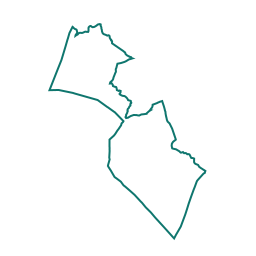 outline of Santiago Ayuquililla, Oaxaca, Mexico, rotated 20°
{"feature_id": "50627088B92936623710949", "entity_name": "Santiago Ayuquililla", "entity_type": "district", "adm_level": 2, "iso_a3": "MEX", "parent_name": "Mexico", "parent_adm1": "Oaxaca", "projection": "mercator", "projection_center": [-97.985, 17.92], "detail": "fine", "context": "isolated", "style": "outline", "palette": "teal", "viewbox_px": 256, "rotation_deg": 20, "n_neighbors": 0, "source": "geoboundaries", "source_scale": "gbopen_adm2", "svg_char_len": 4637}
<svg xmlns="http://www.w3.org/2000/svg" viewBox="0 0 256 256"><g transform="rotate(20 128 128)"><path d="M108.3,61.1L107.9,61.1L107.5,61.1L107.3,61.1L107.1,60.7L106.8,60.4L106.5,60.4L106.2,60.4L105.9,60.4L105.6,60.5L105.1,60.6L104.9,60.4L104.4,60.3L103.5,60.3L103.2,60.2L102.3,60.1L101.3,59.7L101.1,59.6L100.6,59.4L100.2,59.1L99.9,58.7L99.7,58.3L99.4,58.1L99.2,57.9L98.7,57.9L97.6,57.4L84.1,53.9L84.0,53.6L83.8,53.2L83.6,52.7L83.4,52.0L83.1,51.7L82.6,51.5L82.2,51.5L82.0,50.8L81.4,50.7L81.1,50.5L80.7,50.0L80.4,49.8L80.0,49.5L79.8,49.1L79.5,48.4L79.2,47.9L78.7,47.6L78.1,47.5L77.7,47.7L77.3,48.0L76.9,48.3L75.5,48.1L74.8,48.1L73.1,48.1L72.8,48.0L72.5,47.9L72.0,47.7L71.6,47.4L71.3,46.9L70.9,46.6L70.5,46.1L70.2,45.5L69.9,44.8L69.5,44.3L69.0,43.7L68.7,42.9L68.6,42.7L68.4,42.4L68.1,42.0L67.8,41.7L67.5,41.5L67.2,41.1L67.2,40.8L67.1,40.5L67.0,40.2L66.9,40.0L66.5,40.0L66.2,40.0L65.9,40.0L65.5,40.3L64.9,40.6L64.4,40.9L64.1,41.4L63.7,41.9L63.5,42.4L62.4,43.8L61.8,44.5L60.8,45.1L60.2,45.4L59.4,45.3L58.3,44.9L58.0,44.9L57.4,45.3L57.1,45.7L56.8,46.3L56.6,46.9L56.7,47.7L57.0,48.4L57.2,48.9L57.4,49.5L57.7,50.4L57.7,51.3L56.3,51.8L55.6,51.9L55.1,52.0L54.6,52.3L54.3,52.6L53.4,53.5L53.1,53.8L52.6,54.2L52.1,54.5L51.5,54.6L50.8,54.8L50.3,55.0L49.7,55.3L49.3,55.8L49.1,56.3L48.9,56.7L48.7,57.4L48.1,58.0L47.6,58.5L47.1,59.3L47.0,58.8L47.0,58.5L47.1,58.2L47.2,57.7L47.4,57.3L47.6,56.4L47.6,55.9L47.5,55.4L47.3,55.0L47.0,54.5L46.7,54.2L46.4,53.7L46.1,53.3L45.6,53.1L44.3,53.1L43.9,53.0L43.4,52.8L42.9,52.7L42.2,52.3L41.7,52.0L41.3,51.9L40.5,58.8L40.9,64.5L40.9,64.8L40.9,65.5L41.4,72.7L42.2,86.9L41.9,96.2L41.7,103.6L41.3,119.3L49.8,116.0L56.0,115.1L64.1,113.9L66.4,113.8L89.9,112.1L101.5,115.4L101.8,115.4L109.3,117.5L110.5,117.8L110.8,118.0L112.7,118.9L121.4,123.1L121.3,123.8L121.3,124.0L120.8,125.0L120.4,125.9L120.4,126.2L120.6,127.9L120.3,128.9L119.5,132.2L118.9,134.0L118.1,137.7L117.4,139.9L114.6,145.2L117.0,151.9L117.2,152.2L117.5,153.1L117.7,153.5L117.9,154.2L118.6,155.9L120.5,162.2L121.5,163.8L121.9,169.1L122.1,170.5L122.6,170.9L123.0,171.3L126.7,174.1L127.4,174.7L132.2,178.7L134.5,179.3L138.1,180.4L139.7,180.9L140.4,181.4L143.4,183.4L144.9,183.9L145.1,183.9L151.1,186.2L157.1,188.6L165.0,192.7L166.6,193.4L171.8,196.5L178.5,199.6L183.7,202.6L185.0,203.3L191.7,206.8L192.9,207.4L209.1,216.0L209.2,215.1L209.4,214.0L209.5,212.7L211.3,202.6L211.4,189.6L211.2,184.3L211.0,180.1L210.9,178.2L210.8,170.1L210.8,168.9L210.8,168.4L210.8,166.7L210.8,166.1L210.8,165.8L210.8,163.2L210.9,160.7L210.9,159.6L210.9,158.4L210.9,156.8L210.9,155.2L211.0,154.0L211.5,152.6L214.4,145.4L214.5,145.2L214.7,144.8L215.5,144.0L215.5,143.9L215.4,142.7L215.4,141.9L210.1,140.7L208.1,140.1L206.6,138.8L206.0,138.7L205.3,138.7L204.6,138.7L203.5,138.6L202.7,138.3L201.8,137.5L201.7,137.3L200.6,134.1L199.1,134.1L197.7,134.5L197.4,134.3L195.5,132.4L194.7,131.8L194.3,131.8L193.6,131.9L193.4,132.0L193.2,132.1L192.7,132.4L191.7,132.0L190.9,131.8L190.6,131.9L189.3,132.5L187.9,131.8L187.0,132.6L186.0,133.1L185.4,132.9L184.2,132.3L182.5,132.0L180.5,131.6L177.4,132.0L176.5,132.0L175.1,129.8L174.6,127.7L175.1,125.5L176.3,123.6L176.9,122.6L176.5,122.0L169.7,113.5L165.5,109.5L163.0,108.4L162.7,108.1L162.5,107.8L162.3,107.6L162.1,107.4L161.8,107.1L160.7,105.3L160.1,104.5L160.1,104.4L159.9,104.2L159.6,103.6L159.3,103.2L158.9,102.5L158.6,102.0L158.5,101.8L158.3,101.4L158.2,101.3L157.7,100.1L157.5,99.8L157.4,99.7L157.1,99.4L156.9,99.1L156.6,98.8L156.5,98.5L156.1,97.9L155.2,96.6L154.1,95.1L153.3,94.1L151.1,91.3L150.9,91.0L148.9,92.5L148.3,93.1L147.3,94.0L147.2,94.2L146.6,94.8L143.2,97.7L143.4,98.4L143.6,99.3L143.6,99.6L143.6,100.0L143.6,100.5L143.2,101.5L142.8,102.9L142.5,104.1L142.8,104.0L142.4,104.5L142.4,104.4L142.3,104.5L140.5,107.9L140.6,108.3L140.4,108.4L138.0,109.7L135.9,110.7L134.2,112.5L132.2,112.9L131.6,112.9L128.8,113.9L126.4,115.9L124.4,118.4L122.8,119.3L121.9,118.6L122.1,117.4L121.7,116.3L122.1,113.9L121.9,113.4L122.0,112.1L121.4,111.5L121.3,110.2L122.0,108.6L121.9,107.5L122.6,106.1L122.1,105.1L122.0,104.0L122.4,103.8L122.5,103.2L122.0,102.7L121.3,101.6L120.7,101.6L118.6,101.8L118.2,101.3L116.7,100.2L115.8,99.8L114.9,99.4L113.7,99.2L112.9,99.4L112.0,99.6L111.1,99.6L110.3,99.5L109.7,99.4L109.1,99.3L108.4,98.9L108.8,97.3L108.4,95.7L107.2,95.7L106.4,96.4L105.6,96.2L104.6,96.2L103.6,94.4L102.9,93.6L101.8,93.7L101.5,93.8L99.5,93.7L98.8,92.5L97.4,91.6L95.8,92.4L95.7,91.1L97.0,88.7L97.3,87.2L97.1,85.4L97.2,82.6L97.2,81.0L97.4,79.3L96.5,77.2L96.4,76.9L96.5,75.4L96.3,73.7L96.1,71.2L99.1,69.4L102.1,67.1L102.5,66.7L103.4,65.8L104.8,64.0L105.8,62.9L107.0,62.2L107.5,61.7L108.3,61.1Z" fill="none" stroke="#0f766e" stroke-width="2"/></g></svg>